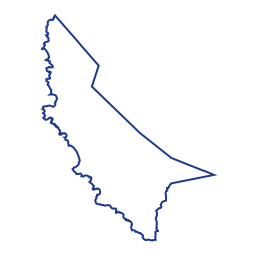 West Guadalcanal, Guadalcanal, Solomon Islands
{"feature_id": "97153195B83823462382784", "entity_name": "West Guadalcanal", "entity_type": "district", "adm_level": 2, "iso_a3": "SLB", "parent_name": "Solomon Islands", "parent_adm1": "Guadalcanal", "projection": "albers", "projection_center": [159.663, -9.546], "detail": "fine", "context": "isolated", "style": "outline", "palette": "blue", "viewbox_px": 256, "rotation_deg": 0, "n_neighbors": 0, "source": "geoboundaries", "source_scale": "gbopen_adm2", "svg_char_len": 5508}
<svg xmlns="http://www.w3.org/2000/svg" viewBox="0 0 256 256"><path d="M55.0,15.4L54.5,16.1L54.2,17.2L53.9,17.1L53.7,17.5L53.7,17.8L53.4,18.3L53.5,19.2L53.2,19.7L52.7,20.0L51.2,19.5L50.8,19.6L50.3,20.2L49.2,20.3L48.3,20.9L47.7,22.3L47.8,24.7L47.7,25.5L46.3,26.7L46.4,27.2L46.9,28.0L46.8,28.6L46.3,29.3L46.5,31.0L46.3,31.6L46.5,32.1L47.5,32.6L47.4,32.8L47.5,33.1L48.0,33.4L48.1,34.1L47.9,34.7L46.3,35.2L46.7,35.6L46.8,36.5L47.3,36.6L47.5,37.2L48.2,37.5L48.6,39.0L48.4,39.7L48.7,40.7L48.0,41.5L45.6,42.1L44.7,42.6L44.0,43.3L43.9,43.9L44.9,44.6L44.9,45.0L44.5,45.2L44.5,45.9L43.9,46.8L43.8,47.6L43.4,48.4L43.0,48.6L42.2,48.4L42.0,49.0L42.5,49.2L43.2,48.6L43.5,48.6L45.2,49.3L45.8,50.1L47.9,53.2L48.8,55.9L49.0,57.3L49.0,57.5L48.6,57.7L48.7,58.2L48.5,58.5L47.7,59.2L47.4,59.2L47.2,59.6L46.4,60.0L45.9,59.9L45.8,60.0L46.8,60.3L47.0,60.5L47.8,60.4L48.2,60.5L49.2,61.3L49.8,61.3L49.8,61.7L49.4,62.1L49.6,63.0L51.3,64.5L52.0,65.0L52.5,65.7L52.8,66.8L52.8,67.1L52.4,67.4L51.2,67.2L50.8,67.4L50.2,67.4L49.3,66.9L48.6,67.1L48.2,67.7L46.7,68.0L46.8,68.2L46.5,69.3L47.0,71.1L48.4,71.5L49.7,71.5L50.7,72.2L50.4,72.9L49.7,73.1L50.0,73.4L50.1,74.3L49.3,75.2L49.1,75.9L49.5,76.8L50.0,77.5L50.0,78.4L49.8,78.7L49.1,78.8L48.3,78.7L46.8,78.9L46.3,79.3L46.7,80.6L46.5,80.9L46.8,81.0L48.5,82.4L48.3,83.6L47.6,84.1L47.6,84.7L47.9,85.1L48.7,85.7L50.0,88.3L50.5,88.8L51.0,89.7L50.8,89.8L51.2,90.8L51.0,91.7L51.3,92.2L51.3,92.6L50.4,94.1L50.1,94.4L50.6,94.3L51.3,94.6L52.6,94.3L55.4,95.2L56.4,96.4L56.4,97.1L56.9,97.9L57.0,98.8L56.2,100.6L55.7,101.1L55.8,101.6L55.6,102.1L55.2,102.7L55.0,102.8L55.3,103.1L55.3,104.8L54.2,106.2L53.2,106.8L50.5,105.8L49.7,105.6L48.2,105.7L46.0,106.4L45.6,106.3L45.0,106.4L44.1,106.4L43.0,106.7L42.4,106.5L42.7,106.7L43.3,108.0L43.1,108.7L42.6,109.1L43.7,109.5L44.7,111.1L44.1,112.3L43.6,112.8L43.3,112.7L43.0,113.2L44.1,114.0L44.7,114.9L45.0,115.7L44.7,116.9L44.2,117.3L43.4,117.4L43.5,118.3L44.7,119.0L45.2,119.6L46.1,119.8L47.4,119.4L48.4,118.7L49.1,117.9L50.3,117.6L51.2,117.7L51.4,118.1L51.2,118.6L51.3,118.7L51.7,118.3L52.5,118.5L52.7,119.0L52.6,119.5L52.3,120.2L52.0,120.4L51.9,121.0L51.5,121.5L51.2,121.5L51.3,122.0L50.9,122.7L51.0,123.1L51.5,123.4L52.4,123.3L52.6,123.5L52.9,123.4L54.0,124.4L54.6,124.1L54.8,124.3L55.0,124.3L55.2,124.6L55.4,125.0L55.0,125.5L55.7,125.9L56.4,125.8L56.7,126.2L56.6,126.5L56.3,126.6L56.2,126.9L57.1,127.5L57.9,127.3L58.4,127.6L58.6,128.2L58.5,128.6L60.2,131.1L59.9,132.3L60.1,133.4L61.6,133.5L62.4,133.2L63.1,133.5L63.8,133.5L64.2,133.1L65.3,133.5L66.2,134.5L66.6,135.5L66.5,136.1L65.9,137.3L65.5,137.5L65.3,137.4L65.1,137.7L64.9,137.7L65.4,138.1L65.5,138.4L65.3,139.7L65.8,140.1L67.2,140.3L67.7,140.5L68.2,141.7L68.1,142.9L68.6,144.3L68.4,145.2L68.7,145.8L69.3,145.8L70.3,145.5L72.3,146.6L73.5,147.6L75.5,150.0L76.4,151.3L77.2,152.9L79.1,157.9L79.7,160.2L79.7,161.1L78.8,162.3L78.8,163.7L78.6,164.4L76.9,166.1L76.0,166.8L74.6,167.5L74.0,167.4L73.1,168.8L72.6,169.0L72.6,169.3L72.9,169.5L73.1,170.0L74.1,171.4L75.6,172.5L76.2,173.5L76.2,173.9L76.8,174.1L78.3,174.0L80.4,173.5L81.5,174.6L81.7,175.5L81.5,176.1L82.0,176.0L82.4,176.1L83.2,176.7L83.4,176.7L83.7,176.2L83.9,176.0L84.7,175.6L87.0,175.5L88.0,176.1L89.2,176.5L89.6,177.1L89.5,177.4L90.4,177.4L90.5,177.1L90.8,177.1L91.2,177.6L91.4,178.3L91.0,179.1L90.9,180.4L90.4,181.0L89.8,181.4L89.4,182.0L89.6,182.2L90.2,182.5L91.7,183.7L92.6,184.7L93.4,185.3L93.7,185.8L93.7,186.2L93.9,186.5L93.4,187.1L93.4,187.7L93.0,188.6L92.8,188.6L92.8,189.3L93.6,189.8L93.9,189.7L94.1,189.2L96.4,189.0L96.4,188.7L97.5,188.5L99.0,189.0L99.7,190.0L100.0,191.3L100.1,193.2L99.6,193.9L98.6,194.7L98.1,194.8L97.4,194.6L97.1,194.7L97.0,194.9L97.3,195.4L97.0,196.2L96.9,196.5L96.2,196.9L96.2,197.2L96.5,197.6L96.3,198.4L95.2,200.3L95.3,200.7L95.6,201.3L95.8,202.7L96.3,203.5L98.3,204.2L99.9,204.3L100.3,204.7L101.5,204.6L102.4,205.1L103.5,205.0L104.1,205.5L105.7,205.5L108.8,205.1L109.9,205.6L110.3,206.1L110.6,206.8L111.0,207.0L111.5,207.9L112.2,208.4L113.4,208.7L115.0,208.4L115.9,208.7L116.3,209.6L116.0,210.6L115.9,212.1L116.3,212.9L117.2,212.4L117.7,211.8L118.1,211.8L119.3,212.1L119.5,212.6L120.3,212.5L120.7,212.8L121.3,212.8L123.4,214.3L123.6,214.6L123.3,217.2L124.2,218.4L125.0,218.9L125.7,220.1L126.0,220.2L126.5,219.3L127.2,220.2L127.9,220.8L128.7,221.0L128.7,220.4L128.8,220.3L130.4,221.5L131.2,222.2L131.6,222.9L132.0,224.3L132.0,224.7L131.4,225.3L131.5,225.9L131.3,226.6L131.2,228.3L131.5,228.8L132.0,230.3L133.1,230.2L134.3,230.3L134.9,230.7L135.2,231.4L135.6,231.8L136.1,231.8L136.8,231.6L138.3,232.6L138.6,233.0L139.7,232.9L140.5,233.1L141.2,234.2L142.0,234.4L142.8,235.3L143.0,236.2L142.6,237.3L143.2,238.4L144.6,239.6L146.5,240.2L147.4,239.7L148.0,239.6L149.5,239.8L152.2,240.6L153.1,240.1L154.6,239.9L155.2,239.4L155.5,239.6L155.4,236.1L155.6,234.0L155.3,232.3L155.9,231.4L157.9,231.0L157.7,230.4L156.2,228.5L156.9,227.2L156.4,226.3L156.8,224.7L156.7,221.4L155.7,218.6L156.0,217.9L156.1,217.3L156.9,215.6L156.9,212.6L156.2,210.6L159.4,208.1L159.8,208.3L160.7,207.8L161.2,207.2L161.4,206.6L160.7,204.8L161.9,202.4L162.6,201.9L164.1,201.1L165.9,200.7L166.1,199.5L166.0,195.4L165.5,193.2L166.2,191.1L167.3,190.6L167.0,188.0L168.6,187.8L168.8,187.6L168.8,186.9L169.6,185.4L170.2,184.4L170.9,184.1L171.2,183.4L214.0,174.9L204.2,170.8L203.9,170.9L171.4,158.0L139.8,132.9L91.9,86.6L98.7,65.6L81.8,46.3L77.6,41.3L55.0,15.4ZM61.5,134.3L61.4,133.9L60.5,133.8L59.8,134.3L60.1,134.8L60.8,134.8L61.5,134.3ZM60.0,133.6L59.7,133.1L59.2,133.6L59.5,134.0L59.9,133.9L60.0,133.6Z" fill="none" stroke="#1e3a8a" stroke-width="2"/></svg>